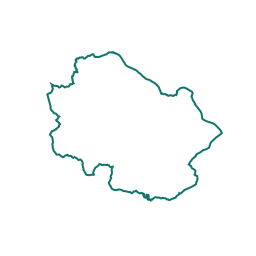 Agona East, Central, Ghana (Natural Earth projection), rotated 142°
{"feature_id": "2480657B54607197552612", "entity_name": "Agona East", "entity_type": "district", "adm_level": 2, "iso_a3": "GHA", "parent_name": "Ghana", "parent_adm1": "Central", "projection": "natural_earth1", "projection_center": [-0.645, 5.635], "detail": "fine", "context": "isolated", "style": "outline", "palette": "teal", "viewbox_px": 256, "rotation_deg": 142, "n_neighbors": 0, "source": "geoboundaries", "source_scale": "gbopen_adm2", "svg_char_len": 5758}
<svg xmlns="http://www.w3.org/2000/svg" viewBox="0 0 256 256"><g transform="rotate(142 128 128)"><path d="M154.7,56.9L153.4,57.2L152.9,56.6L151.9,56.9L149.6,56.8L148.8,56.4L148.2,55.9L147.6,54.9L146.8,54.5L146.3,53.9L145.9,53.1L145.5,52.4L144.8,51.9L143.9,51.7L142.1,49.8L141.5,49.1L141.4,47.8L140.4,47.1L140.0,45.8L139.7,45.7L139.3,45.7L137.7,45.1L136.8,45.1L136.6,44.9L136.2,44.8L135.7,44.5L135.2,44.6L134.7,44.2L133.2,43.8L131.8,44.5L129.6,44.3L128.8,44.4L128.0,44.8L127.7,45.1L127.4,44.2L126.9,44.0L122.4,44.2L121.7,44.5L120.5,44.0L114.3,42.5L109.1,41.8L108.5,42.6L107.8,43.0L107.1,43.6L106.1,43.8L105.7,44.1L104.4,45.4L103.3,47.0L103.1,47.5L103.1,47.8L104.2,49.4L104.3,50.1L103.5,50.2L102.9,51.2L101.5,52.4L101.3,52.9L101.2,53.5L101.8,55.8L102.3,56.7L102.3,57.8L101.9,58.6L101.8,59.3L102.4,60.7L102.1,61.6L102.4,61.9L100.0,62.9L97.5,63.6L97.0,63.6L96.2,64.0L92.4,64.1L91.7,64.4L91.3,64.3L90.4,65.1L85.6,64.3L82.4,64.3L79.6,63.1L76.2,62.6L71.8,65.6L64.3,66.3L59.2,66.1L57.1,66.4L56.7,67.8L56.5,69.4L57.1,75.7L57.5,77.6L58.1,79.2L58.9,80.5L59.8,81.8L61.8,84.6L63.7,88.9L63.6,89.8L63.3,90.4L61.2,94.0L60.6,96.5L60.6,97.8L60.7,99.5L60.5,101.2L60.7,103.9L60.0,107.4L59.9,109.3L59.5,110.8L58.7,112.9L58.6,113.8L55.7,115.5L55.3,117.0L57.4,122.8L58.9,125.4L61.9,127.1L66.6,127.0L68.3,125.0L69.7,124.3L70.0,125.0L72.6,125.4L72.8,125.8L73.5,126.3L73.8,127.2L74.3,127.6L76.3,128.5L76.5,129.4L76.9,129.4L77.2,130.0L77.4,131.3L77.6,131.6L78.1,131.8L79.4,133.2L79.7,133.9L80.3,134.1L80.2,134.6L80.6,134.8L80.0,136.5L78.8,140.7L78.6,141.7L78.7,143.0L79.1,146.2L79.5,147.6L80.5,149.7L81.3,152.4L83.5,155.3L84.7,160.7L84.8,162.7L85.5,165.1L85.9,168.2L87.1,170.6L90.4,176.8L90.8,177.9L91.0,179.1L90.1,187.0L90.0,189.7L90.6,192.1L90.8,192.7L92.6,195.9L92.7,195.5L94.4,197.9L94.3,197.5L96.7,199.5L99.1,199.2L103.1,200.6L107.1,201.8L110.4,204.5L110.0,207.1L110.3,207.9L112.2,208.3L113.7,208.3L114.2,208.6L114.5,209.1L115.2,209.5L116.6,209.3L118.1,209.4L118.9,209.2L119.9,209.8L120.1,211.6L120.6,212.0L121.4,212.2L122.1,212.9L122.4,213.2L122.6,213.3L123.2,213.3L123.5,213.2L124.4,213.2L124.9,214.0L125.1,214.2L125.4,214.2L125.9,213.9L126.2,214.0L126.7,213.7L127.2,214.0L127.6,213.5L127.5,213.2L127.4,213.3L127.2,213.2L127.5,212.6L127.7,212.9L128.1,212.3L128.9,211.8L129.9,211.4L130.4,210.9L130.8,210.9L131.2,210.0L131.3,210.2L131.8,209.8L131.8,209.4L131.6,209.5L131.4,209.6L131.4,209.3L131.8,208.6L132.5,207.0L132.5,206.8L132.2,206.3L132.3,205.8L132.5,205.4L133.1,205.3L133.2,203.9L133.4,203.1L133.6,203.0L133.9,203.3L134.0,203.8L134.8,204.2L135.1,204.7L135.5,204.9L135.9,205.3L136.5,204.7L137.6,204.1L138.7,203.2L139.2,203.1L139.5,202.9L140.0,203.2L140.8,202.6L140.8,202.4L141.0,202.3L141.2,201.5L141.7,200.7L142.1,200.4L142.2,199.8L142.5,199.6L142.7,198.7L143.3,198.0L143.4,196.6L145.7,197.2L146.1,197.9L146.4,198.1L146.7,198.1L147.0,197.9L148.4,197.4L148.6,197.2L148.9,197.4L149.4,197.3L151.0,198.5L152.3,198.6L152.7,198.8L153.6,201.5L154.1,202.3L154.3,202.4L155.9,201.9L157.3,202.2L157.6,203.8L157.7,204.3L158.0,204.7L160.1,206.7L161.2,209.3L161.4,208.1L162.2,207.5L163.0,205.3L163.7,204.6L165.1,204.0L166.0,203.4L167.8,203.4L168.3,203.6L169.0,204.0L169.9,203.9L170.4,204.2L170.9,204.1L175.1,194.1L175.9,192.4L177.3,190.5L177.4,189.7L177.1,187.0L177.2,185.8L177.2,185.4L177.1,185.1L176.1,183.9L175.9,183.4L175.8,181.6L175.7,180.7L175.3,179.9L175.2,179.4L175.7,179.5L176.0,179.4L177.4,178.7L178.4,178.4L179.8,178.5L179.8,177.4L179.4,175.8L179.3,174.8L179.2,174.3L179.2,172.8L180.6,172.7L180.9,172.4L181.6,171.5L183.7,171.6L184.6,171.4L185.1,171.6L185.6,171.3L186.5,171.5L187.7,171.5L188.3,171.9L189.3,172.0L189.9,172.4L190.5,172.2L191.0,171.6L191.4,171.5L192.6,171.4L193.6,170.9L193.5,167.3L195.8,162.9L197.5,162.0L198.4,160.3L199.5,158.7L200.1,157.0L200.6,156.0L200.5,152.1L200.7,151.2L200.4,150.7L199.3,150.0L198.5,149.4L198.0,146.7L197.6,146.0L197.5,145.3L196.8,144.8L194.7,144.9L192.2,144.2L192.2,143.2L192.1,142.8L191.1,141.8L190.5,141.5L189.9,140.6L190.1,140.0L189.6,138.2L188.1,138.1L187.2,136.0L186.9,134.7L186.9,133.5L186.6,133.2L186.1,133.0L184.9,132.4L184.6,131.1L184.8,129.3L185.3,128.4L185.5,127.9L185.8,127.8L186.4,127.0L187.6,124.9L187.8,123.7L188.7,122.7L188.7,122.4L188.9,122.1L188.9,121.1L189.2,119.9L189.2,119.3L189.7,117.2L189.4,116.5L188.0,115.0L187.1,114.4L185.0,113.3L184.1,112.7L183.8,112.2L183.4,112.3L183.4,113.4L183.1,114.0L182.9,114.2L181.8,115.1L178.8,116.6L177.8,116.8L175.0,116.6L174.0,116.8L172.9,117.2L172.4,116.9L171.4,115.1L170.8,114.3L170.2,114.0L169.7,114.0L167.7,112.0L167.4,111.8L166.9,111.8L166.7,111.6L166.5,110.7L166.0,110.3L166.3,109.3L165.8,108.0L165.1,107.5L163.9,106.9L164.8,106.3L165.9,105.9L166.4,105.3L166.9,104.7L168.2,102.6L169.0,101.9L169.7,101.4L170.8,101.1L171.7,100.4L171.9,99.9L172.0,98.9L174.1,98.0L175.1,97.3L176.9,96.7L177.5,94.4L177.6,93.9L177.4,93.2L178.1,90.4L177.3,88.2L176.4,87.0L174.9,85.9L173.4,85.4L173.0,85.3L171.8,84.0L171.1,82.9L170.7,82.1L170.6,81.2L169.1,80.0L167.0,77.3L165.8,76.3L165.5,75.4L165.4,74.4L164.8,74.2L163.5,74.2L162.8,74.4L162.4,74.4L161.5,73.7L160.7,73.6L160.1,73.3L160.1,72.0L159.3,69.7L158.9,69.1L157.6,68.9L157.4,68.1L156.7,67.7L156.4,67.0L156.7,66.7L156.8,66.5L156.7,66.3L156.2,66.0L156.1,65.9L156.2,65.7L156.6,65.8L156.8,65.4L157.3,65.4L157.4,65.2L157.2,64.7L157.7,64.3L157.7,63.3L157.4,62.9L157.1,62.2L156.9,62.1L156.7,62.2L156.2,62.6L156.0,62.0L155.7,61.9L155.3,62.3L155.3,62.8L154.9,63.6L154.5,63.7L154.4,63.9L154.2,63.9L153.8,62.8L153.2,62.5L153.6,61.7L153.9,62.3L154.1,62.2L154.1,61.6L154.4,61.4L155.0,61.9L155.0,61.2L155.4,61.2L155.5,61.1L155.6,60.3L156.1,60.6L156.4,59.9L156.4,59.5L155.9,58.6L155.6,58.5L155.8,59.3L155.6,59.6L155.4,59.5L155.4,58.9L154.9,58.7L154.9,58.0L154.6,58.0L154.5,57.9L154.8,57.7L154.7,56.9Z" fill="none" stroke="#0f766e" stroke-width="2"/></g></svg>